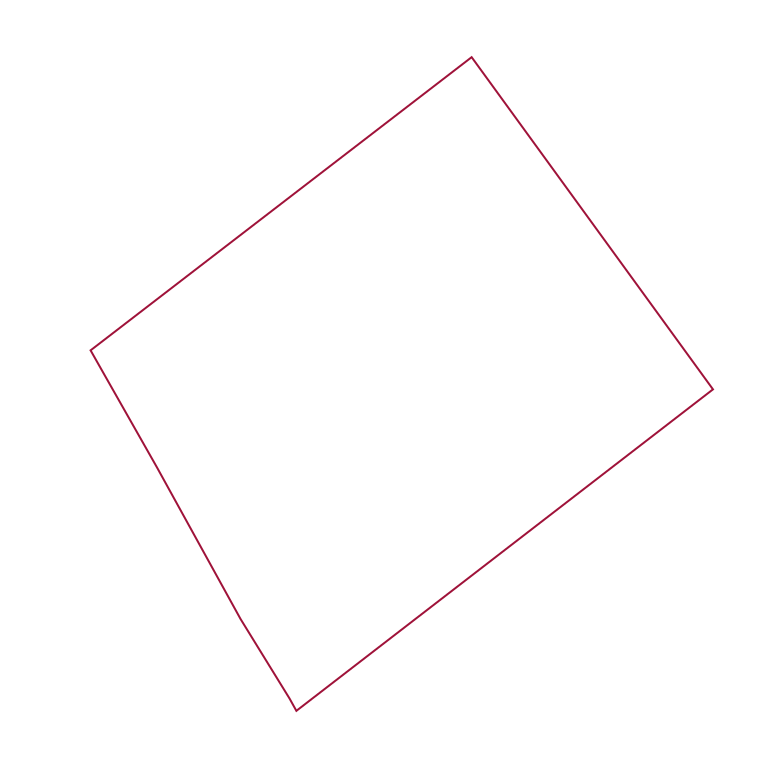 36, Ar Rayyān, Qatar (orthographic projection), rotated 234°
{"feature_id": "91078587B22410322487846", "entity_name": "36", "entity_type": "district", "adm_level": 2, "iso_a3": "QAT", "parent_name": "Qatar", "parent_adm1": "Ar Rayyān", "projection": "orthographic", "projection_center": [51.481, 25.302], "detail": "fine", "context": "isolated", "style": "outline", "palette": "rose", "viewbox_px": 768, "rotation_deg": 234, "n_neighbors": 0, "source": "geoboundaries", "source_scale": "gbopen_adm2", "svg_char_len": 274}
<svg xmlns="http://www.w3.org/2000/svg" viewBox="0 0 768 768"><g transform="rotate(234 384 384)"><path d="M583.7,166.4L555.5,163.2L449.9,151.3L278.1,129.8L185.0,122.7L171.1,121.0L186.3,647.0L596.9,647.0L583.7,166.4Z" fill="none" stroke="#9f1239" stroke-width="2"/></g></svg>